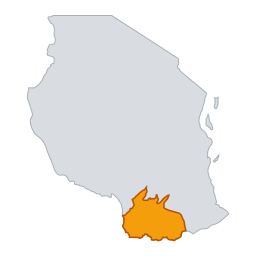 location of Ruvuma within United Republic of Tanzania
{"feature_id": "TZA-3389", "entity_name": "Ruvuma", "entity_type": "Region", "adm_level": 1, "iso_a3": "TZA", "parent_name": "United Republic of Tanzania", "parent_adm1": "", "projection": "natural_earth1", "projection_center": [36.042, -10.46], "detail": "fine", "context": "in_parent", "style": "filled", "palette": "amber", "viewbox_px": 256, "rotation_deg": 0, "n_neighbors": 0, "source": "natural_earth", "source_scale": "10m", "svg_char_len": 7422}
<svg xmlns="http://www.w3.org/2000/svg" viewBox="0 0 256 256"><path d="M92.6,191.8L89.6,190.1L87.0,189.0L84.8,187.7L83.8,186.6L81.7,186.1L80.0,185.9L78.3,184.8L74.9,184.4L74.6,183.7L74.5,182.1L73.9,181.6L72.7,181.2L71.3,181.3L70.5,181.5L70.1,181.4L69.0,180.4L67.9,179.2L67.5,177.3L66.0,176.0L64.2,175.0L59.3,175.1L58.5,174.8L57.3,173.9L55.9,172.2L54.8,170.4L53.8,167.9L52.8,164.5L47.1,151.0L46.5,148.4L45.4,145.6L43.5,142.1L41.6,139.5L39.0,137.2L36.0,134.8L34.4,133.3L31.3,126.9L30.7,123.9L30.2,120.9L30.4,119.6L32.3,115.6L32.5,114.5L32.2,113.0L31.3,109.8L30.1,106.0L27.7,99.0L27.3,97.2L27.3,95.9L28.7,88.8L28.7,87.8L34.4,87.9L38.6,84.8L42.2,80.2L42.9,78.2L44.4,75.2L45.8,73.8L46.4,72.7L47.2,69.8L49.1,67.7L50.9,66.2L50.6,65.1L50.8,64.7L51.8,63.9L53.8,63.2L54.2,61.6L54.2,59.8L53.9,58.9L53.9,57.7L53.6,57.1L52.3,56.9L50.4,56.0L48.8,55.7L47.7,55.2L47.3,54.8L47.2,53.7L48.0,51.0L47.2,49.9L49.1,45.4L49.5,44.8L50.2,44.8L51.4,44.3L52.4,44.1L53.3,44.2L53.9,44.0L54.5,43.5L55.0,42.0L55.3,39.4L55.1,37.4L54.3,35.8L54.1,33.3L54.4,30.0L54.2,27.3L53.3,25.1L52.3,23.8L50.9,23.2L48.7,19.8L48.0,18.2L48.1,17.2L48.9,16.8L50.3,16.9L51.6,16.5L52.9,15.6L54.1,15.4L54.8,15.5L111.6,15.5L178.0,58.4L178.3,58.9L178.8,62.6L178.7,63.8L177.6,65.9L177.3,67.1L177.3,67.8L177.6,68.1L178.4,68.2L179.2,68.7L179.5,69.1L180.0,70.7L180.8,71.5L206.0,92.6L206.5,92.9L206.2,94.7L204.7,98.9L204.7,100.7L204.1,102.8L203.6,104.2L202.1,110.2L200.9,112.5L199.2,117.8L198.9,121.8L199.9,124.6L200.2,127.3L202.1,129.9L203.7,130.8L204.7,132.0L206.6,134.7L207.7,137.4L211.0,138.8L212.3,141.8L211.8,143.9L210.3,145.7L208.8,148.5L207.6,152.2L207.6,157.8L208.4,157.0L210.2,158.4L210.4,162.5L208.5,167.4L208.0,169.7L207.9,171.6L209.2,177.4L211.2,180.4L211.0,181.3L210.5,182.1L213.9,187.3L213.6,191.9L214.9,195.4L215.5,198.5L216.3,200.9L216.5,202.5L215.4,204.3L217.9,204.7L219.4,206.2L220.1,207.6L221.9,207.6L222.8,208.5L224.2,209.3L227.4,211.7L228.2,212.9L228.7,214.0L220.1,221.5L217.0,223.4L214.8,224.3L212.4,224.8L210.2,226.0L208.1,227.9L205.3,228.8L202.0,228.8L198.6,230.1L193.1,234.0L189.9,231.8L187.4,231.1L184.5,231.2L182.8,231.5L182.2,231.9L181.6,233.2L181.2,235.4L179.3,237.5L176.0,239.5L172.9,240.2L170.1,239.7L168.3,238.9L167.3,237.7L165.8,237.2L163.9,237.3L162.1,238.1L160.3,239.7L157.5,240.3L153.7,240.1L151.6,239.4L151.4,238.1L149.7,236.6L146.6,234.8L144.3,234.8L142.9,236.5L141.5,237.5L140.3,237.9L139.3,238.0L137.7,237.5L133.5,237.4L129.5,237.4L129.0,235.0L128.2,233.5L127.5,232.7L126.1,232.5L125.7,231.8L125.2,230.3L124.6,229.0L123.7,227.9L123.1,227.0L122.9,226.1L123.1,225.1L123.9,222.6L124.2,220.9L124.1,219.2L123.6,217.4L122.7,215.3L122.8,214.7L122.4,213.3L122.4,212.3L122.6,211.0L122.4,209.3L121.6,205.8L121.6,204.9L120.7,203.2L118.0,199.2L117.9,198.6L113.7,194.6L112.0,193.7L111.4,194.4L111.2,195.2L111.4,196.5L111.3,197.1L111.1,197.4L110.1,197.4L109.5,197.2L107.9,196.1L106.6,195.8L103.6,196.0L102.5,196.3L101.6,196.0L100.0,194.2L98.1,193.8L96.4,193.7L93.6,191.6L92.6,191.8ZM211.5,124.0L212.8,128.5L212.7,129.3L211.7,129.8L211.2,129.8L210.6,129.1L210.1,127.6L209.4,128.0L208.1,126.2L206.9,126.1L205.8,124.0L206.2,122.1L206.0,118.9L207.3,117.2L208.1,114.5L209.0,116.4L209.1,119.3L210.3,122.8L211.5,124.0ZM218.2,97.4L218.3,98.4L218.0,99.4L218.1,102.6L217.9,104.7L216.9,107.6L216.1,108.7L215.3,108.4L214.7,107.9L214.2,107.1L215.2,101.7L214.7,97.8L216.6,98.2L218.2,97.4ZM215.3,161.8L214.3,162.1L213.9,161.8L213.3,161.0L214.4,160.2L215.4,158.8L217.7,156.6L218.8,154.9L218.7,156.6L217.3,160.2L216.2,160.4L215.3,161.8Z" fill="#d9dde1" stroke="#a8b0b8" stroke-width="1"/><path d="M123.1,216.5L123.0,216.4L122.8,216.2L122.7,215.9L122.6,215.6L122.6,215.4L123.1,215.3L123.3,215.4L123.5,215.6L124.1,215.5L124.6,215.3L126.2,214.1L127.0,212.8L128.3,212.0L129.9,210.6L130.0,209.2L130.4,208.7L131.0,208.4L131.7,208.5L132.3,208.3L132.5,207.6L134.1,205.2L133.9,203.8L133.2,202.6L133.2,201.6L132.9,200.8L132.5,200.4L132.2,199.8L132.4,199.2L133.0,198.9L134.3,198.2L136.1,196.1L137.2,195.4L138.8,193.7L139.5,193.2L140.0,192.5L140.7,192.0L141.5,191.6L142.2,191.0L142.7,190.4L143.5,190.2L144.2,189.9L145.2,188.8L146.4,187.2L146.4,187.4L146.3,187.6L146.3,188.0L146.4,188.4L146.5,189.9L146.7,190.6L147.0,191.3L146.7,192.4L146.0,193.2L145.7,193.8L145.6,194.5L145.8,194.9L145.7,195.4L145.1,196.2L144.3,197.7L143.9,198.0L143.5,198.1L143.2,198.3L143.1,199.6L143.9,200.3L146.4,200.2L147.1,200.3L147.7,200.3L148.0,199.8L148.2,199.3L149.0,198.4L149.8,198.2L149.7,198.4L149.9,198.6L150.0,198.5L150.6,199.1L152.2,198.6L153.3,198.8L154.8,198.6L155.3,197.9L156.1,196.6L156.3,196.1L156.3,195.1L156.7,195.0L156.9,194.9L157.1,195.5L157.1,196.2L157.7,197.8L158.4,199.3L157.8,201.0L156.8,202.5L157.3,203.5L158.5,203.4L160.2,202.4L161.6,200.9L162.7,199.5L163.9,198.2L165.3,197.2L165.9,196.9L167.5,195.5L168.8,195.1L168.6,196.3L168.1,197.5L167.4,198.8L166.0,200.6L164.5,202.2L164.0,203.3L163.9,204.6L164.0,206.1L163.9,207.6L164.8,208.5L169.2,210.4L179.2,213.2L180.0,213.9L180.6,214.3L181.0,214.7L181.5,215.6L181.7,216.1L181.8,216.6L182.3,217.5L182.5,218.5L182.8,219.0L183.2,219.5L184.1,221.4L184.7,225.7L185.9,230.7L185.5,230.7L184.5,230.9L184.3,231.1L184.2,231.1L183.4,231.2L183.1,231.2L182.0,232.0L181.9,232.2L181.8,232.5L181.5,233.4L181.4,233.7L181.4,234.1L181.0,234.9L180.9,235.4L180.9,235.7L181.0,235.9L181.1,236.2L180.9,236.5L180.7,236.7L180.3,237.0L179.0,237.7L178.2,238.4L177.9,238.6L177.5,238.7L176.9,238.7L176.5,238.8L175.9,239.2L175.5,239.3L175.3,239.4L175.1,239.7L175.0,240.0L174.9,240.2L174.8,240.3L174.7,240.4L174.3,240.5L173.9,240.5L173.0,240.2L172.9,240.1L172.6,239.7L172.3,239.6L172.2,239.6L171.9,239.8L171.7,239.9L171.1,239.9L170.3,239.9L168.8,239.5L168.1,239.1L167.5,238.5L167.0,237.8L166.8,237.1L166.5,237.3L166.4,237.5L166.2,237.6L164.5,237.7L164.2,237.7L163.8,237.3L163.4,237.3L163.3,237.2L163.0,237.3L162.2,238.4L161.7,239.3L161.5,239.5L161.3,239.6L160.6,239.9L160.4,240.0L160.2,240.3L159.7,240.3L158.3,240.6L158.0,240.6L157.6,240.3L157.4,240.2L157.3,239.7L157.1,239.6L155.0,239.6L154.9,239.6L154.7,239.8L154.1,239.9L153.5,240.1L153.2,240.2L152.8,239.9L152.5,239.9L151.8,240.0L151.6,239.8L151.4,239.5L151.4,239.0L151.5,238.7L151.4,238.3L151.3,237.8L151.2,237.4L150.9,237.3L150.8,237.2L150.6,237.1L150.4,236.8L150.2,236.8L149.8,236.6L149.6,236.6L149.0,236.1L148.6,235.9L148.3,235.9L148.0,236.0L147.7,235.8L147.5,235.4L147.7,235.0L147.4,234.5L147.1,234.4L146.4,234.4L145.8,234.1L145.1,234.0L144.8,234.2L144.3,235.0L144.0,235.3L143.0,235.4L142.7,235.7L142.9,236.1L142.6,236.3L142.4,236.6L142.3,236.9L142.2,237.3L141.0,237.7L140.6,238.0L140.3,237.9L140.0,237.8L139.8,237.8L139.8,238.1L139.6,238.1L139.4,237.8L139.3,237.7L139.2,237.5L138.9,237.6L138.7,237.7L138.1,237.7L137.8,237.5L137.8,237.4L137.1,237.4L129.5,237.3L129.5,237.1L129.5,236.1L129.5,235.8L129.4,235.5L129.3,235.3L129.3,235.2L129.2,235.0L129.0,234.9L128.8,234.6L128.7,234.1L128.3,233.8L128.3,233.6L128.1,233.2L127.8,232.8L127.4,232.6L126.6,232.3L126.4,232.2L126.3,232.3L126.1,232.5L125.8,232.4L125.4,231.5L125.5,231.4L125.8,231.2L125.5,230.9L125.3,230.6L125.1,230.2L125.1,229.7L124.9,229.4L124.4,229.2L124.3,228.8L124.2,228.6L123.3,227.8L123.2,227.4L123.2,226.9L122.9,226.0L122.8,225.6L122.9,225.1L123.3,224.6L123.4,224.3L123.8,223.5L123.8,223.2L123.8,222.3L124.0,221.0L124.0,220.4L124.3,220.1L124.3,219.8L124.2,219.7L124.0,219.4L123.9,219.3L123.8,219.2L124.1,218.7L124.0,218.3L123.9,217.8L123.5,217.3L123.4,217.2L123.4,216.8L123.4,216.5L123.1,216.5Z" fill="#f59e0b" stroke="#b45309" stroke-width="1.5"/></svg>